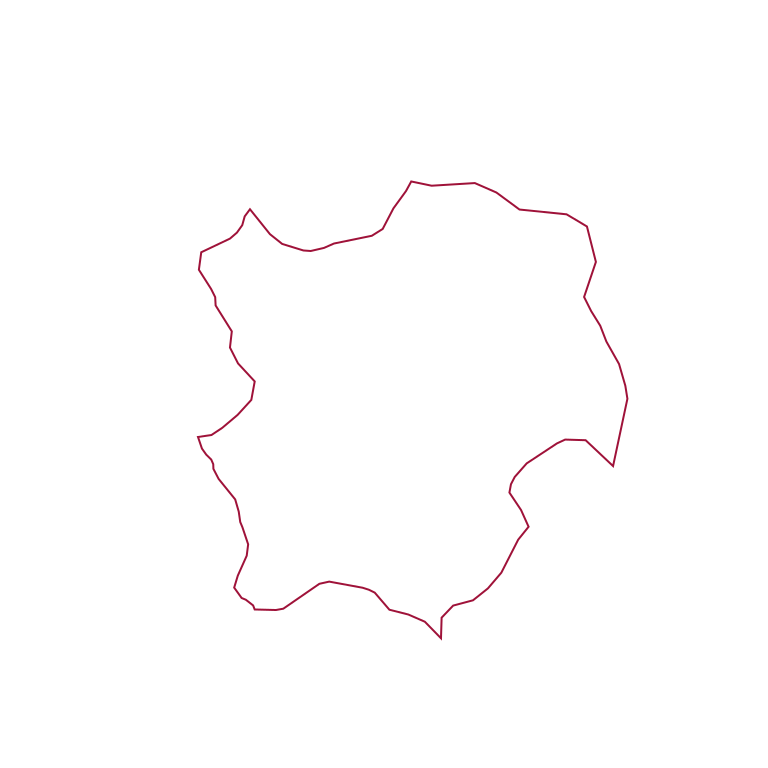 map outline of Kütahya (Mercator projection), rotated 313°
{"feature_id": "TUR-2276", "entity_name": "Kütahya", "entity_type": "Province", "adm_level": 1, "iso_a3": "TUR", "parent_name": "Turkey", "parent_adm1": "", "projection": "mercator", "projection_center": [29.429, 39.315], "detail": "fine", "context": "isolated", "style": "outline", "palette": "rose", "viewbox_px": 768, "rotation_deg": 313, "n_neighbors": 0, "source": "natural_earth", "source_scale": "10m", "svg_char_len": 1246}
<svg xmlns="http://www.w3.org/2000/svg" viewBox="0 0 768 768"><g transform="rotate(313 384 384)"><path d="M420.4,166.8L415.8,198.4L417.0,214.0L426.7,234.0L431.3,239.7L442.6,247.3L452.6,251.6L484.1,274.0L496.5,277.3L518.9,271.1L540.1,268.5L550.7,265.8L561.5,283.6L592.9,313.4L600.7,335.6L604.0,364.1L632.6,401.8L637.6,425.0L617.8,455.7L584.1,471.0L578.6,485.8L574.1,502.4L566.7,517.7L558.9,542.3L547.3,561.7L539.2,572.1L480.2,607.5L480.4,569.8L466.9,554.4L458.5,551.0L423.3,542.5L405.2,543.0L397.3,545.2L390.1,549.8L385.3,570.2L378.2,587.1L361.7,588.3L326.0,598.5L305.4,599.4L286.5,596.6L269.1,585.7L252.4,585.5L236.9,599.1L238.0,576.0L232.0,559.0L222.6,541.9L225.1,519.5L223.2,513.2L220.4,507.3L202.1,478.7L193.8,473.0L151.0,463.6L145.0,459.1L130.9,443.2L132.8,439.3L132.0,430.1L130.4,425.8L132.9,413.3L144.1,407.8L164.8,400.7L174.1,394.0L182.7,378.1L185.0,373.0L191.6,364.8L198.1,353.9L201.8,327.8L205.6,317.1L208.9,313.8L210.9,309.2L211.1,302.2L212.6,294.9L218.4,284.1L229.0,292.6L241.6,295.6L261.6,298.0L281.9,297.8L297.7,287.7L299.5,263.2L305.6,246.5L318.7,236.8L326.6,207.3L332.4,201.3L335.6,192.7L341.3,170.7L355.7,160.5L385.3,172.2L394.4,173.2L403.5,172.0L411.6,167.8L420.4,166.8Z" fill="none" stroke="#9f1239" stroke-width="2"/></g></svg>